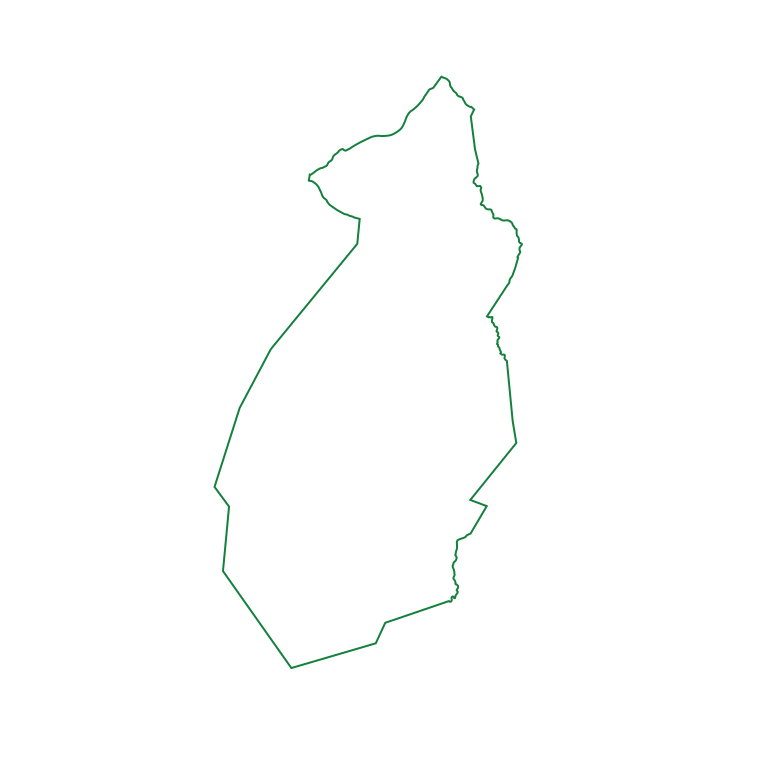 outline of Olá, Coclé, Panama, rotated 35°
{"feature_id": "35544464B52438824154031", "entity_name": "Olá", "entity_type": "district", "adm_level": 2, "iso_a3": "PAN", "parent_name": "Panama", "parent_adm1": "Coclé", "projection": "equal_earth", "projection_center": [-80.675, 8.498], "detail": "fine", "context": "isolated", "style": "outline", "palette": "green", "viewbox_px": 768, "rotation_deg": 35, "n_neighbors": 0, "source": "geoboundaries", "source_scale": "gbopen_adm2", "svg_char_len": 6119}
<svg xmlns="http://www.w3.org/2000/svg" viewBox="0 0 768 768"><g transform="rotate(35 384 384)"><path d="M300.4,107.4L299.5,107.4L296.6,106.9L296.3,107.1L295.6,107.6L295.3,107.7L291.6,108.0L291.1,107.9L290.2,107.7L287.9,106.5L286.0,105.7L284.7,104.8L284.2,104.6L283.5,104.6L282.3,104.8L281.7,104.9L280.9,105.3L280.0,105.5L278.6,105.4L278.2,105.3L277.1,104.6L276.6,104.4L275.1,104.2L273.3,104.1L271.9,103.7L270.2,102.8L268.0,102.2L267.1,101.6L266.6,101.2L265.2,99.5L264.9,99.3L264.3,98.9L263.6,98.6L262.7,98.4L260.9,98.2L259.9,98.2L258.5,98.5L256.7,99.1L254.8,99.3L254.7,100.4L254.7,102.8L254.5,112.9L254.3,113.5L254.0,114.0L252.6,116.0L252.3,116.6L252.2,117.4L252.2,118.1L252.3,119.8L252.3,123.6L252.2,125.5L252.5,126.8L252.7,128.9L252.4,132.2L252.0,136.2L251.7,137.7L251.3,139.4L250.6,142.1L249.4,145.5L249.2,146.7L249.0,147.9L249.1,149.8L249.3,152.0L249.7,153.7L250.5,156.8L250.9,158.6L251.4,161.6L251.5,162.7L251.5,163.9L251.5,165.0L251.2,166.4L250.8,167.9L249.8,170.7L248.5,173.5L247.4,175.4L246.2,176.9L244.8,178.3L241.8,180.8L239.5,182.5L237.2,183.7L235.9,184.7L233.9,186.6L232.4,188.3L230.7,191.1L226.5,198.6L224.5,202.5L222.6,206.6L221.7,208.8L220.8,211.2L219.9,212.8L218.9,214.6L218.5,215.0L217.8,215.2L216.9,215.3L215.6,215.2L215.3,215.3L214.9,215.7L214.3,216.6L213.7,217.9L213.4,218.9L213.3,219.4L213.5,220.1L213.3,220.8L213.2,221.5L212.2,224.3L211.9,225.8L211.9,226.5L211.9,227.1L212.2,228.1L212.6,229.1L212.7,230.1L212.6,230.8L212.4,231.7L211.7,233.3L211.5,234.0L211.5,235.0L211.9,237.4L211.8,238.0L211.6,238.6L209.6,242.3L209.3,242.6L208.6,243.3L208.1,243.9L207.4,245.2L206.3,247.5L206.1,248.0L205.0,252.0L203.9,254.6L203.7,255.0L203.1,255.1L204.1,256.9L205.4,260.0L205.5,260.3L205.8,260.4L206.0,260.5L206.3,260.4L208.3,259.3L209.0,259.1L212.5,259.1L214.5,259.3L217.0,260.1L218.3,260.7L220.7,262.1L222.6,263.1L224.7,264.7L226.8,265.8L228.0,266.1L230.3,266.2L231.1,266.3L231.8,266.5L232.8,267.2L235.9,268.3L237.0,268.4L245.5,268.4L248.4,268.1L251.0,267.9L254.0,267.5L254.6,267.3L256.9,266.3L258.8,266.1L262.3,264.9L264.3,264.6L268.6,263.0L269.4,262.7L281.7,284.5L271.3,420.4L279.5,486.4L304.2,565.5L327.4,573.3L359.4,629.6L471.0,669.8L526.0,601.1L522.0,579.0L522.2,578.6L561.6,524.7L561.9,524.6L562.9,524.6L563.4,524.2L563.6,523.8L563.7,523.4L563.7,523.0L563.6,522.5L563.2,521.8L562.5,521.1L562.0,520.4L561.8,520.0L561.7,519.6L561.9,519.0L562.1,518.7L562.6,518.5L563.4,518.7L564.4,519.1L564.6,519.0L564.9,518.6L564.9,518.3L564.8,518.0L564.1,516.7L564.0,516.3L564.0,513.0L563.9,512.5L563.7,512.1L563.5,511.8L562.8,511.6L562.1,511.5L561.8,511.2L561.6,510.6L561.7,509.5L561.6,508.9L561.2,508.0L560.8,507.3L560.6,507.1L560.3,506.9L558.6,506.5L558.2,506.6L557.6,506.9L557.3,506.8L556.9,506.5L556.5,505.7L555.7,504.9L554.2,504.2L553.2,503.9L552.6,503.6L552.2,503.2L552.0,502.8L551.8,501.9L551.5,500.3L551.3,499.9L551.1,499.5L550.2,498.7L549.5,497.7L548.4,496.7L547.3,495.7L545.5,494.7L545.1,494.3L544.8,493.9L544.4,493.2L544.1,491.7L543.6,490.8L543.6,489.7L543.9,488.5L544.0,487.3L543.8,486.2L543.5,485.3L543.1,484.6L542.7,484.1L540.6,483.3L540.4,483.1L540.3,482.6L540.3,482.3L539.2,480.2L538.3,477.3L537.9,476.4L537.2,475.4L534.6,472.1L534.2,471.5L534.0,470.8L533.9,470.0L534.0,469.4L534.5,468.5L535.3,467.3L537.3,464.6L537.8,463.9L538.3,462.8L538.6,461.6L538.7,460.4L538.8,460.0L540.7,456.9L538.2,425.1L521.2,429.5L523.5,395.9L526.2,356.4L510.7,340.6L471.4,294.6L469.6,294.5L468.5,294.2L468.1,294.0L467.8,293.6L467.4,292.6L466.8,291.5L466.5,291.2L466.1,291.0L465.8,291.0L465.4,291.2L465.1,291.3L464.4,291.9L463.6,292.3L462.7,292.3L461.8,292.3L461.7,292.0L461.7,291.0L461.6,290.8L461.3,290.6L458.9,289.3L458.5,289.0L457.9,288.3L457.6,288.1L457.0,287.9L456.2,287.9L455.9,287.7L455.4,287.3L455.1,286.6L454.9,286.4L454.2,286.2L453.8,286.4L453.6,286.3L453.4,285.9L453.2,284.6L452.7,284.2L452.2,283.7L451.9,283.0L451.8,282.6L451.8,281.9L452.0,281.1L452.0,280.7L451.9,280.1L451.7,279.6L451.4,279.4L450.0,279.4L449.6,279.3L449.2,278.9L449.0,278.4L448.8,277.5L448.7,277.1L448.5,276.8L448.2,276.6L447.6,276.4L446.4,276.5L446.0,276.3L445.7,275.9L445.5,274.8L445.0,273.6L444.7,273.2L444.4,272.9L444.0,272.7L443.5,272.7L443.1,272.8L442.4,273.2L441.8,273.2L441.5,273.1L440.9,272.7L439.9,272.4L439.7,271.9L439.0,271.5L438.5,271.4L437.1,271.4L436.9,271.4L436.4,270.8L436.1,270.1L435.6,269.2L435.3,268.4L435.0,267.8L434.7,267.4L434.3,267.1L433.9,267.2L433.5,267.8L433.0,268.4L432.2,268.6L431.5,269.3L430.9,269.3L430.2,269.5L429.6,269.6L428.4,232.2L428.6,230.7L428.5,229.7L428.3,228.7L427.5,227.2L427.1,225.9L427.0,225.0L427.1,222.8L426.9,220.9L426.7,220.2L426.2,218.6L424.9,213.7L421.5,203.8L420.8,203.7L420.6,203.6L420.5,203.2L420.4,202.8L420.3,202.1L420.1,198.6L420.0,198.0L419.6,197.4L418.7,196.9L418.2,196.5L417.4,195.5L417.1,194.9L416.9,193.6L417.0,191.1L416.9,190.7L416.7,190.4L416.5,190.2L416.2,190.1L414.2,190.4L413.7,190.4L412.6,189.6L412.1,188.7L411.6,188.2L410.2,186.9L409.6,186.6L408.4,186.4L407.8,186.2L406.0,184.3L404.2,181.6L403.9,181.3L403.6,181.2L402.7,181.4L401.8,181.4L400.3,180.5L399.3,180.4L398.8,180.2L397.8,179.6L396.8,178.8L395.8,178.5L393.2,178.4L391.4,179.0L391.0,179.2L389.0,180.9L388.5,181.3L387.9,181.7L386.4,182.2L385.9,182.3L385.0,182.2L382.5,182.8L382.1,183.0L379.8,184.9L379.3,185.1L378.8,185.1L378.3,185.0L377.7,184.6L377.3,183.8L376.6,182.7L376.2,182.3L374.1,181.2L373.1,180.6L372.4,180.0L372.0,179.8L371.6,179.8L370.8,180.1L370.2,180.4L369.6,181.0L369.2,181.2L368.4,181.6L367.5,181.8L367.0,181.8L366.0,181.6L363.2,180.6L362.2,180.8L361.2,181.4L360.8,181.5L360.4,181.4L360.0,181.1L359.9,180.8L359.9,180.4L359.9,179.5L359.8,177.8L359.6,177.1L359.3,176.5L358.1,175.1L356.7,173.7L354.7,172.0L353.2,171.0L352.4,170.3L351.7,169.3L351.2,167.7L350.8,167.2L349.8,166.8L349.1,166.7L348.6,167.1L347.1,168.3L346.4,168.7L343.9,167.7L342.4,167.8L341.9,167.7L341.5,167.3L341.2,166.7L340.6,164.7L340.5,164.1L340.5,163.6L340.8,162.8L341.3,160.7L341.4,160.0L341.3,159.6L341.0,159.0L340.5,158.5L338.3,156.8L337.9,156.3L337.2,155.0L336.6,153.3L335.8,152.1L335.5,151.6L335.1,150.4L335.0,149.5L334.9,149.2L334.2,148.6L324.0,139.6L301.6,115.0L300.4,107.4Z" fill="none" stroke="#15803d" stroke-width="2"/></g></svg>